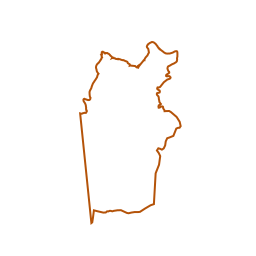 Ibobang, Ngatpang, Palau, rotated 56°
{"feature_id": "81905179B30151450559542", "entity_name": "Ibobang", "entity_type": "district", "adm_level": 2, "iso_a3": "PLW", "parent_name": "Palau", "parent_adm1": "Ngatpang", "projection": "robinson", "projection_center": [134.529, 7.483], "detail": "fine", "context": "isolated", "style": "outline", "palette": "amber", "viewbox_px": 256, "rotation_deg": 56, "n_neighbors": 0, "source": "geoboundaries", "source_scale": "gbopen_adm2", "svg_char_len": 4923}
<svg xmlns="http://www.w3.org/2000/svg" viewBox="0 0 256 256"><g transform="rotate(56 128 128)"><path d="M104.4,62.5L103.9,62.7L102.8,62.6L102.3,62.5L102.0,62.4L101.6,62.3L100.9,62.1L100.5,61.8L100.1,61.4L99.6,60.8L99.4,60.3L99.5,59.4L99.7,58.3L99.7,57.1L99.8,56.3L99.8,55.6L100.0,54.8L100.2,54.1L100.2,53.0L100.3,52.2L100.3,51.5L100.2,50.8L100.1,50.5L100.0,50.2L99.5,49.8L99.2,49.4L98.8,49.1L98.6,48.9L97.8,48.5L97.0,47.8L96.5,47.2L95.8,46.7L94.9,46.1L94.4,45.7L93.9,45.4L93.4,45.1L92.9,44.8L92.5,44.6L91.9,44.5L91.6,44.7L91.2,45.1L90.7,46.4L90.6,47.2L90.6,48.0L90.4,49.1L90.2,49.8L90.0,50.4L89.8,51.1L89.6,51.7L89.2,52.4L88.7,53.1L88.3,53.8L87.9,54.3L87.5,54.7L87.0,55.2L86.4,55.4L86.1,55.6L85.5,55.9L84.4,56.2L83.5,56.5L82.4,56.9L81.5,57.2L80.6,57.4L79.1,57.7L79.3,57.9L78.5,58.0L77.4,57.9L76.9,58.0L76.4,57.8L75.7,58.0L75.1,58.0L74.6,57.9L74.1,58.1L73.6,58.1L72.9,58.3L71.9,58.6L71.3,58.9L70.8,59.3L70.3,59.8L70.0,60.3L69.9,61.4L69.7,62.5L69.8,63.8L69.8,64.7L70.1,65.0L70.2,65.8L71.1,66.9L71.7,67.1L73.9,67.0L75.0,67.5L77.2,68.5L77.9,70.0L78.8,71.4L78.9,72.1L79.4,74.0L79.9,75.1L80.6,76.3L81.0,76.5L80.6,77.1L81.0,78.1L81.3,79.2L81.5,79.7L81.6,80.2L81.8,80.9L82.0,81.5L82.2,82.1L82.3,83.0L82.0,83.2L82.1,83.7L82.6,83.4L82.8,84.0L82.2,84.5L82.1,84.9L82.5,85.2L82.6,85.6L83.0,85.8L83.2,85.6L83.6,85.6L83.7,85.8L83.2,86.1L82.8,86.3L82.8,86.5L82.6,86.5L82.5,86.8L82.2,87.0L81.9,87.1L81.5,87.1L81.2,87.3L80.7,87.4L80.5,87.6L80.2,88.0L79.7,88.5L79.2,89.2L79.0,89.4L78.5,89.9L78.3,90.3L77.6,90.9L77.4,91.5L77.2,91.2L76.9,91.4L76.7,91.2L76.4,91.0L76.0,91.0L75.1,91.5L74.1,91.9L73.3,91.6L72.8,91.6L71.9,92.0L71.4,92.5L70.8,92.9L69.8,93.4L69.5,93.7L69.2,93.8L69.0,94.3L68.7,94.5L68.0,95.2L67.6,95.5L67.2,95.8L66.8,96.0L66.0,96.7L65.9,97.1L65.5,97.2L65.4,97.7L65.0,97.8L64.9,98.4L64.5,98.7L64.2,99.2L63.7,99.6L63.3,99.6L63.0,100.0L62.5,100.3L62.1,100.8L61.8,100.7L61.6,101.1L61.3,101.1L61.2,101.4L61.1,102.0L60.9,101.6L59.9,101.6L59.3,101.8L58.8,101.9L58.2,102.1L57.8,102.2L57.4,102.1L57.0,102.2L56.5,102.3L56.1,102.4L55.5,102.6L55.2,102.9L54.6,103.2L54.2,103.3L54.0,103.6L53.8,104.0L53.6,104.5L53.6,105.0L53.4,105.3L53.0,105.1L52.9,105.3L52.6,105.4L52.5,105.6L52.2,105.6L51.7,105.7L51.5,106.1L51.1,106.1L50.7,106.2L50.4,106.7L50.5,107.2L50.9,107.2L51.2,107.6L51.1,107.8L51.4,108.1L51.7,108.4L52.0,108.4L52.1,108.7L52.2,109.1L52.6,108.9L52.7,109.2L53.1,109.2L53.4,109.6L53.8,109.6L54.2,109.9L54.9,110.0L54.9,110.4L55.1,110.5L55.3,110.7L55.8,111.7L56.0,111.8L56.1,112.3L56.3,112.6L56.4,112.8L56.4,113.1L56.6,113.3L56.8,113.9L57.0,114.4L57.2,115.0L57.5,115.5L57.5,116.4L57.7,116.8L57.8,117.8L58.0,118.3L58.3,118.9L58.7,119.5L59.2,120.1L59.9,120.7L60.6,121.0L61.5,121.3L62.2,121.5L62.9,121.9L63.6,122.1L64.3,122.2L65.1,122.2L66.2,122.2L66.5,122.1L66.7,122.5L66.8,123.0L67.1,123.5L67.4,123.9L67.7,124.3L68.1,124.7L68.6,125.3L69.0,126.2L69.5,127.3L70.1,128.8L70.3,129.3L70.4,129.7L70.6,130.0L70.8,130.4L70.9,130.8L71.2,131.5L71.5,132.2L71.9,132.8L72.4,133.5L72.7,134.0L73.1,134.5L73.5,135.1L74.1,135.7L74.6,136.4L75.0,137.2L75.3,137.8L75.7,138.5L76.3,139.4L77.0,140.0L77.8,140.5L78.6,141.0L79.2,141.3L80.1,141.8L80.8,142.1L82.0,142.2L82.2,142.5L82.7,142.9L83.0,143.3L83.2,144.2L83.0,144.5L82.8,145.0L82.6,145.4L82.0,145.9L81.4,146.4L80.8,146.8L80.4,147.2L79.9,147.5L79.4,147.8L79.3,148.3L79.3,148.6L79.5,149.0L79.8,149.2L80.1,149.4L80.7,149.7L81.6,149.8L82.4,149.8L82.8,149.8L83.4,149.8L84.1,149.9L85.3,150.2L86.0,150.5L86.7,150.9L87.5,151.2L88.3,151.8L89.7,152.6L90.3,152.4L91.0,152.7L91.3,153.0L91.5,153.4L91.6,154.0L91.9,154.5L91.7,154.7L91.5,155.0L91.2,155.4L91.0,155.7L91.0,156.0L90.9,156.3L90.7,156.7L90.5,157.2L90.4,157.7L90.4,158.1L90.1,158.7L90.0,158.8L89.9,159.0L89.6,159.1L89.2,159.4L89.1,159.5L186.3,211.5L186.2,210.4L184.6,208.9L183.0,207.4L177.2,202.3L180.0,199.8L184.3,195.8L185.6,193.7L185.4,191.9L186.2,190.9L186.4,189.6L187.1,188.6L188.3,187.6L188.7,186.2L190.3,182.8L192.2,179.8L197.8,176.4L199.0,175.2L200.0,172.5L201.5,169.3L203.2,166.9L204.2,165.0L204.3,158.9L204.7,152.4L205.6,149.1L181.0,130.4L175.8,122.8L169.3,117.0L166.0,116.5L162.8,116.6L161.8,114.2L163.2,113.0L164.9,112.0L164.9,109.8L163.2,106.9L160.2,104.2L158.4,101.2L159.0,99.1L159.9,94.8L157.2,90.8L155.5,88.3L155.8,86.5L156.6,85.1L155.9,83.3L151.8,81.7L146.1,81.5L138.8,83.5L136.9,84.4L135.5,86.6L134.5,88.3L133.7,87.9L133.2,87.8L132.4,87.9L131.3,87.8L130.6,87.4L130.2,87.2L129.5,87.3L128.9,88.3L128.7,88.7L128.8,90.3L128.3,91.2L127.3,90.8L126.4,89.8L126.5,89.0L126.7,88.0L126.5,87.3L125.7,87.4L124.8,87.4L124.0,87.4L122.5,86.7L121.4,86.3L119.6,85.3L118.6,85.1L117.7,85.3L116.6,85.4L115.9,85.1L115.4,84.5L115.6,83.6L115.9,83.1L116.2,81.9L115.9,81.5L115.3,81.0L114.4,80.9L113.2,81.6L111.9,81.9L111.4,81.6L110.9,80.8L111.6,79.8L111.9,78.4L110.1,72.7L109.8,68.4L110.5,65.8L110.3,64.9L109.8,64.4L108.3,64.6L107.6,65.4L106.9,66.9L106.1,67.3L105.5,66.8L105.3,65.8L105.4,63.8L105.2,62.9L104.4,62.5Z" fill="none" stroke="#b45309" stroke-width="2"/></g></svg>